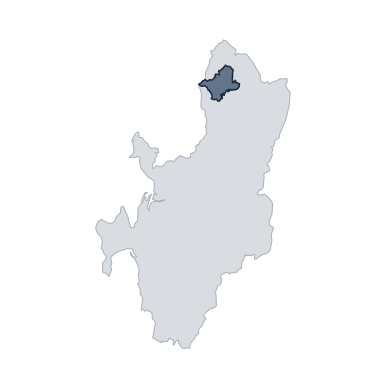 where Ivano-Frankivs'k sits in Ukraine, rotated 101°
{"feature_id": "UKR-289", "entity_name": "Ivano-Frankivs'k", "entity_type": "Region", "adm_level": 1, "iso_a3": "UKR", "parent_name": "Ukraine", "parent_adm1": "", "projection": "natural_earth1", "projection_center": [24.645, 48.617], "detail": "fine", "context": "in_parent", "style": "filled", "palette": "slate", "viewbox_px": 384, "rotation_deg": 101, "n_neighbors": 0, "source": "natural_earth", "source_scale": "10m", "svg_char_len": 7923}
<svg xmlns="http://www.w3.org/2000/svg" viewBox="0 0 384 384"><g transform="rotate(101 192 192)"><path d="M262.8,250.4L267.3,256.1L270.9,259.0L272.6,259.1L277.4,257.1L280.6,257.8L283.3,256.0L290.5,257.3L288.4,260.9L287.6,264.6L278.4,266.0L275.0,263.8L271.3,263.9L269.4,266.6L265.9,268.4L264.8,270.5L258.3,270.4L254.0,272.3L250.8,276.4L247.3,279.0L244.4,279.8L239.9,278.8L236.1,276.1L238.7,268.1L237.5,263.9L234.6,261.9L231.0,261.7L226.1,258.3L220.7,258.8L218.9,257.1L229.8,249.4L232.2,249.0L238.8,245.0L237.4,241.6L234.6,242.5L230.5,239.9L217.8,241.9L210.0,238.0L206.4,237.5L205.4,236.5L209.1,235.7L209.4,234.2L204.2,233.3L201.3,231.4L215.5,233.2L219.2,230.1L215.3,231.2L211.3,230.5L209.8,229.5L208.0,226.3L207.8,221.9L205.9,218.0L204.5,216.8L207.4,223.2L206.8,229.3L200.9,229.0L201.3,226.5L198.6,229.8L194.0,229.9L188.1,231.5L185.8,237.8L178.3,246.7L171.4,249.7L169.0,249.2L168.0,250.0L167.6,252.7L168.9,254.0L169.9,258.4L169.6,260.3L167.1,257.8L164.2,256.7L161.0,257.1L155.3,259.6L153.3,259.2L153.5,260.5L153.0,260.9L147.5,259.6L145.1,258.3L143.2,256.0L144.9,255.0L148.3,254.5L148.1,251.2L152.2,247.1L152.3,245.2L155.9,242.7L156.9,239.8L155.5,235.7L156.0,233.6L159.9,232.1L160.3,235.3L161.2,235.0L162.0,233.4L167.5,234.9L169.1,233.8L171.4,236.0L175.6,235.4L176.5,234.4L172.8,231.8L173.1,227.7L171.9,225.3L166.5,222.3L165.3,218.7L165.7,215.5L163.0,214.3L158.6,210.7L159.8,204.4L159.5,202.0L158.2,200.2L154.7,200.5L152.1,196.7L147.8,196.1L146.7,197.4L146.0,196.1L144.5,196.2L144.6,194.7L143.7,194.1L140.1,193.7L139.3,192.3L135.4,190.2L130.7,188.8L128.2,190.2L127.1,189.8L125.2,191.2L118.6,190.8L114.7,193.6L109.3,194.9L108.8,196.9L106.8,199.5L94.7,201.3L89.6,203.3L87.9,205.0L84.8,205.6L79.3,200.9L77.7,200.5L72.3,201.5L63.5,199.5L59.0,199.6L54.3,197.4L52.9,199.2L49.8,200.5L49.4,198.7L47.9,197.0L44.7,196.4L43.6,194.8L40.7,193.7L39.1,190.4L36.9,190.4L37.2,186.8L39.8,184.2L44.1,175.7L49.3,176.4L49.4,175.5L47.0,173.5L47.5,170.8L46.1,165.5L47.1,164.0L52.8,157.5L64.5,147.1L69.0,146.4L71.0,143.7L71.1,141.8L69.1,138.1L71.3,136.8L71.1,136.2L69.2,134.8L67.1,130.7L63.8,126.7L64.0,124.8L62.8,122.2L62.9,120.2L66.0,119.6L68.7,120.7L71.7,119.0L75.7,114.6L87.6,113.2L102.2,113.6L116.6,116.7L122.8,117.1L125.5,120.4L130.7,120.4L132.2,121.0L132.4,123.0L135.1,120.6L137.7,121.3L140.6,120.2L147.7,121.6L148.5,123.5L150.0,124.0L151.9,121.7L156.2,119.8L160.5,125.1L163.9,124.0L174.3,123.0L176.8,124.7L177.3,126.4L180.9,127.7L182.3,125.7L180.5,120.5L181.3,118.5L184.1,114.0L187.8,110.7L197.8,109.3L207.2,110.6L209.8,109.2L211.0,105.8L212.2,105.0L218.6,106.2L224.3,104.3L234.2,104.2L237.4,106.2L241.0,112.1L246.0,116.5L245.7,117.9L241.4,118.7L241.3,119.4L242.9,121.4L243.6,125.5L244.3,126.0L243.4,127.9L248.1,128.3L252.0,129.7L257.9,129.0L259.7,132.1L262.3,132.5L262.5,134.6L264.9,139.4L264.2,142.0L264.6,143.5L267.8,147.3L269.3,147.8L272.9,145.8L276.8,146.4L280.2,149.2L283.5,149.2L285.6,150.7L287.9,148.9L299.2,146.3L302.0,148.9L302.5,150.6L304.4,152.9L310.5,157.1L312.2,156.7L312.6,154.8L314.0,154.2L317.4,156.1L320.8,156.4L325.6,159.2L330.0,158.5L332.3,161.0L335.1,161.3L340.8,164.7L346.0,164.6L345.8,167.8L347.1,169.2L346.9,171.8L343.5,175.9L340.0,177.1L341.3,179.2L345.5,180.6L345.8,181.2L342.2,181.5L340.7,183.0L339.9,186.3L343.3,187.4L344.5,191.4L343.9,192.7L345.8,193.4L342.6,202.8L326.7,203.0L323.8,206.8L319.2,208.0L317.8,209.1L316.6,214.4L318.1,215.4L316.8,217.6L317.2,219.5L305.5,219.9L302.1,223.4L297.1,224.3L292.8,227.9L290.9,226.8L288.7,226.8L283.9,229.1L279.4,228.9L276.0,229.9L268.8,235.3L265.6,240.0L262.3,241.4L266.8,237.5L266.9,235.5L265.8,234.0L263.0,237.8L259.3,239.5L259.7,244.1L262.8,250.4ZM212.0,240.3L201.7,238.0L200.7,235.5L203.0,237.7L212.0,240.3Z" fill="#d9dde1" stroke="#a8b0b8" stroke-width="1"/><path d="M85.4,205.7L84.8,205.8L84.5,205.6L84.1,205.1L83.5,204.2L83.3,203.9L83.0,203.7L81.6,203.2L81.1,202.9L80.7,202.6L80.7,202.3L80.7,202.0L80.5,201.7L80.3,201.4L79.8,201.1L79.2,200.8L79.2,200.5L79.4,199.7L79.5,199.5L80.4,198.3L80.4,198.2L79.8,197.4L78.6,196.4L78.4,196.1L78.3,195.9L78.3,195.7L78.4,195.4L78.7,195.0L78.7,194.8L78.7,194.7L78.3,194.2L78.0,193.6L77.9,193.5L76.7,192.6L76.4,192.4L76.2,192.2L75.8,191.9L75.4,191.9L75.2,191.3L75.1,191.2L74.8,191.0L74.7,190.8L74.3,191.2L74.2,191.3L73.9,191.5L73.7,191.6L73.3,191.6L72.9,191.6L72.4,191.5L72.2,191.5L72.1,191.4L71.9,191.2L71.7,191.0L71.7,190.9L71.6,190.2L71.6,189.8L71.7,189.2L71.7,188.9L71.7,188.6L71.6,188.3L71.7,187.9L71.7,187.7L71.4,187.6L70.4,188.1L70.1,188.2L69.3,188.3L69.0,188.5L68.7,188.8L68.3,189.0L68.2,189.0L67.9,188.9L67.7,188.7L67.7,188.3L67.8,188.2L67.8,187.9L67.8,187.7L67.7,187.5L67.5,187.3L67.3,187.1L67.2,187.1L66.8,187.0L66.7,186.9L65.7,186.3L65.6,186.1L65.5,185.9L65.6,185.6L65.5,185.3L65.4,185.2L65.2,185.1L64.9,185.1L64.7,185.1L64.3,185.2L64.1,185.2L63.7,184.9L62.6,183.8L61.9,183.6L61.2,183.4L62.0,181.0L62.0,180.8L61.9,180.5L61.8,180.3L61.6,180.1L61.5,179.9L61.6,179.6L62.0,178.0L62.1,177.8L62.4,177.6L63.1,177.1L63.3,176.9L63.4,176.6L63.8,175.5L63.9,175.4L64.1,175.2L64.4,175.0L64.7,174.9L64.8,174.8L65.1,174.8L66.8,175.0L67.7,174.9L68.0,174.8L68.4,174.6L68.5,174.5L68.8,174.5L69.4,174.7L69.5,174.7L70.5,174.2L70.8,174.1L71.0,174.1L71.8,174.3L72.1,174.3L72.9,174.0L73.1,174.0L73.5,174.0L73.9,174.0L74.1,173.9L74.8,173.5L75.5,173.3L75.8,173.3L76.0,173.3L76.3,173.3L76.7,173.2L76.8,173.1L77.0,172.9L77.0,172.7L76.5,172.1L76.3,172.2L76.0,172.2L75.6,172.1L75.4,171.5L75.4,171.4L75.5,171.3L75.6,171.1L75.7,170.9L75.5,170.7L75.4,170.6L75.2,170.6L74.8,170.9L74.6,171.0L74.4,171.0L74.3,170.9L74.2,170.9L74.2,170.7L74.3,170.5L74.4,170.4L74.7,170.3L74.9,170.3L75.3,170.3L75.5,170.2L75.8,170.0L76.0,169.8L76.6,169.3L76.6,169.2L76.0,168.7L76.1,168.3L76.6,167.6L76.7,167.4L76.7,167.2L76.6,166.9L76.5,166.7L76.6,166.4L76.7,166.2L76.8,166.0L77.0,165.9L77.7,166.1L77.9,166.1L79.2,165.8L79.4,165.8L79.6,165.8L79.8,165.9L79.9,166.0L80.3,166.2L80.4,166.3L80.5,166.4L80.8,166.3L81.1,166.5L81.3,166.5L81.5,166.5L82.9,168.3L83.2,168.8L83.5,169.5L83.7,169.8L83.7,170.0L83.5,170.4L83.7,170.8L83.7,171.2L83.8,171.5L84.3,171.8L84.4,172.0L84.5,172.3L84.6,172.6L84.5,172.8L84.5,173.0L84.4,173.1L84.1,173.3L84.0,173.5L84.2,173.9L84.2,174.0L84.1,174.4L84.1,174.5L84.3,174.8L84.5,174.9L84.9,174.6L85.0,174.6L85.5,174.7L86.0,174.8L86.2,175.0L86.3,175.1L86.3,175.3L86.3,175.5L86.4,175.8L86.5,175.9L86.5,176.0L86.4,176.0L86.2,176.2L86.0,176.3L85.8,176.2L85.3,176.0L85.1,176.0L84.9,176.0L84.8,176.3L85.0,176.6L85.6,176.8L85.8,177.0L85.9,177.3L86.0,177.5L86.2,177.8L86.5,178.0L86.8,178.0L87.5,177.9L88.7,178.4L88.8,178.5L88.8,178.8L88.7,179.1L88.7,179.3L88.8,179.5L89.2,180.1L89.5,180.3L89.6,180.1L89.7,179.9L89.7,179.6L89.8,179.4L90.0,179.1L90.4,178.9L90.6,178.8L90.8,178.8L90.8,179.0L90.7,179.2L90.5,179.8L90.4,180.4L90.5,180.8L90.9,180.4L91.3,180.4L92.3,180.8L91.9,181.1L90.9,181.3L90.7,181.7L90.9,182.3L91.4,182.1L92.3,181.4L92.5,181.4L92.7,181.1L92.7,180.8L92.7,180.6L93.1,180.5L93.3,180.5L93.5,180.6L93.8,180.7L94.0,180.6L94.0,180.4L94.0,180.2L94.3,180.2L94.6,180.3L94.6,180.6L94.5,180.8L94.4,180.9L94.6,181.2L94.9,181.4L95.3,181.6L95.6,181.7L96.1,181.7L96.4,181.9L96.9,182.3L97.4,182.5L97.5,182.6L97.7,182.9L97.6,183.1L97.5,183.3L97.5,183.5L97.4,183.5L97.5,183.5L97.8,184.0L97.7,184.1L97.6,184.3L96.9,184.8L96.7,185.0L96.5,185.3L96.4,185.4L96.4,185.6L96.4,185.9L96.6,186.5L97.1,187.6L97.1,187.9L97.0,189.8L96.9,190.4L96.8,190.6L96.7,190.7L96.7,190.8L96.4,190.8L96.0,190.6L95.7,190.5L95.1,190.5L94.4,190.5L93.7,190.7L93.0,191.0L91.7,191.9L90.0,193.7L89.9,193.8L89.7,193.9L89.4,194.0L89.2,194.1L89.0,194.3L88.9,194.4L88.9,194.6L88.9,194.8L88.9,195.0L89.1,195.3L88.8,195.4L88.6,195.5L87.6,196.5L87.4,196.6L87.1,196.7L86.9,196.8L86.6,196.9L86.5,197.1L86.4,197.2L86.4,197.6L86.3,197.8L85.5,199.1L85.4,199.2L85.4,199.4L85.4,199.6L85.4,200.0L85.5,200.4L85.5,200.5L85.6,200.9L85.7,201.0L86.0,201.3L86.1,201.6L86.1,202.1L86.2,202.3L86.3,202.7L86.4,202.8L86.4,203.0L85.5,204.8L85.4,205.3L85.4,205.7Z" fill="#64748b" stroke="#1e293b" stroke-width="1.5"/></g></svg>